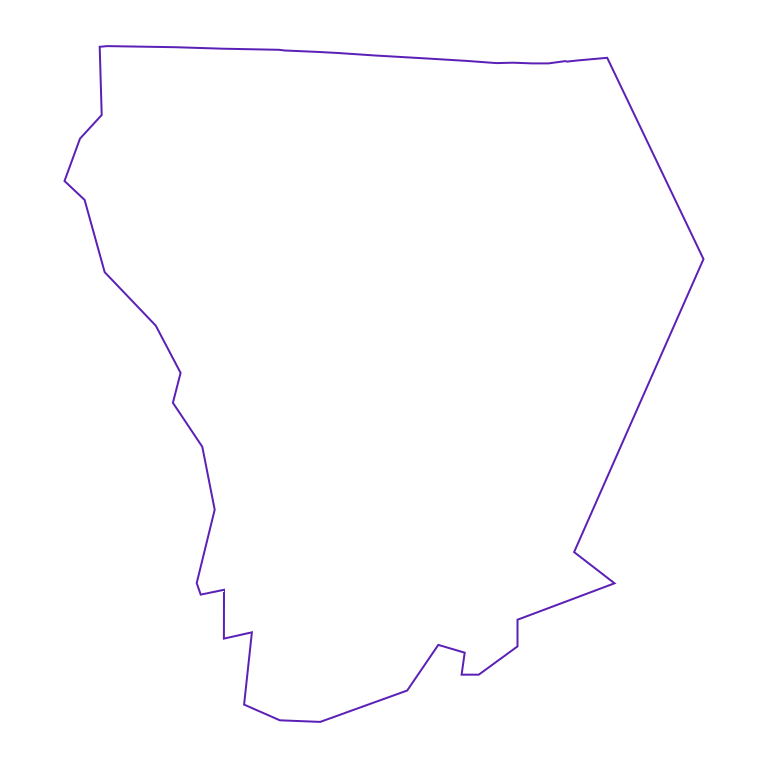 Aweil East, Northern Bahr el Ghazal, South Sudan
{"feature_id": "79223893B40976740779216", "entity_name": "Aweil East", "entity_type": "district", "adm_level": 2, "iso_a3": "SSD", "parent_name": "South Sudan", "parent_adm1": "Northern Bahr el Ghazal", "projection": "albers", "projection_center": [27.574, 9.179], "detail": "fine", "context": "isolated", "style": "outline", "palette": "violet", "viewbox_px": 768, "rotation_deg": 0, "n_neighbors": 0, "source": "geoboundaries", "source_scale": "gbopen_adm2", "svg_char_len": 716}
<svg xmlns="http://www.w3.org/2000/svg" viewBox="0 0 768 768"><path d="M614.5,583.3L574.1,552.1L632.2,420.5L703.5,259.1L607.2,57.8L578.1,60.4L566.9,61.6L565.3,61.1L548.5,63.4L532.2,63.4L513.0,62.7L496.4,63.1L466.6,60.9L425.5,58.4L375.2,55.5L338.0,53.0L317.4,51.9L284.8,50.5L279.1,49.8L222.8,48.7L175.0,47.2L107.3,46.1L99.7,46.8L101.7,115.0L80.0,138.6L64.5,181.0L84.6,199.9L104.7,272.2L155.8,325.7L180.6,372.9L172.9,402.8L202.3,446.8L214.7,509.7L196.7,583.1L200.7,594.6L224.0,589.8L223.9,638.6L251.9,632.3L244.3,702.6L244.1,704.6L256.8,710.2L279.8,720.3L320.2,721.9L407.2,690.5L438.3,644.9L464.7,652.7L461.6,674.7L478.7,674.7L517.5,646.4L517.5,619.7L614.5,583.3Z" fill="none" stroke="#5b21b6" stroke-width="2"/></svg>